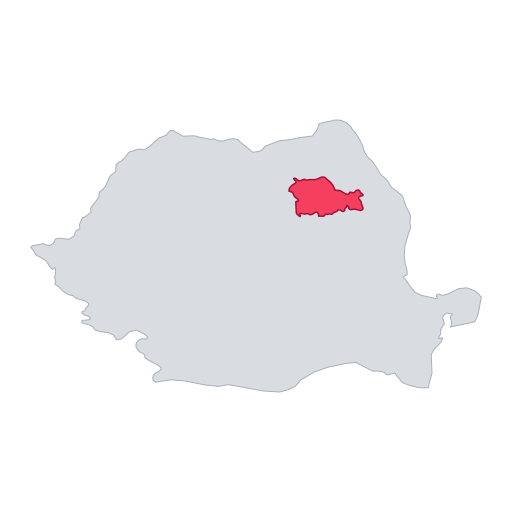 Neamt on a map of Romania (Robinson projection)
{"feature_id": "ROU-309", "entity_name": "Neamt", "entity_type": "County", "adm_level": 1, "iso_a3": "ROU", "parent_name": "Romania", "parent_adm1": "", "projection": "robinson", "projection_center": [26.462, 46.963], "detail": "fine", "context": "in_parent", "style": "filled", "palette": "rose", "viewbox_px": 512, "rotation_deg": 0, "n_neighbors": 0, "source": "natural_earth", "source_scale": "10m", "svg_char_len": 5826}
<svg xmlns="http://www.w3.org/2000/svg" viewBox="0 0 512 512"><path d="M409.8,286.0L414.9,292.1L421.3,295.3L436.1,298.7L437.5,298.3L437.6,297.7L436.6,296.8L436.4,295.6L437.1,294.3L439.1,294.2L442.5,295.4L448.8,293.6L458.1,288.8L466.7,287.8L474.6,290.7L478.7,294.0L481.3,297.2L480.5,301.1L480.1,303.6L478.2,313.7L476.8,317.6L474.6,321.9L450.2,327.0L451.8,324.6L451.2,320.2L450.1,317.0L452.3,314.0L446.8,313.0L444.5,314.6L442.6,317.4L444.4,323.9L441.7,327.5L440.7,329.5L440.6,334.2L439.1,336.3L438.8,338.5L442.7,337.9L441.0,342.0L433.7,349.9L431.2,354.6L432.0,373.3L428.9,384.4L428.6,387.7L420.8,387.8L418.5,387.5L411.1,385.9L402.8,382.9L397.9,377.2L394.8,373.1L387.8,374.9L386.4,374.4L384.5,372.4L379.2,371.1L372.7,371.1L358.0,363.6L356.3,362.3L344.9,363.6L327.6,367.3L314.5,371.9L300.8,380.0L295.3,386.2L288.9,389.5L279.8,392.0L263.5,391.0L246.6,387.9L228.4,384.6L218.6,386.4L205.3,385.0L185.3,381.0L170.4,379.8L155.6,382.2L153.2,380.4L152.7,378.3L153.3,375.4L155.4,373.1L159.0,371.3L160.9,369.5L161.1,367.6L157.2,364.7L149.1,360.6L145.7,358.1L144.9,357.5L144.7,355.2L143.1,353.4L139.9,352.1L137.5,349.7L135.8,346.3L136.3,343.0L138.8,340.0L142.0,338.7L145.9,339.1L147.5,338.2L146.9,336.1L143.1,333.4L136.3,330.1L129.2,331.9L121.9,338.8L116.7,339.9L113.6,335.2L108.0,332.5L99.9,331.6L95.0,329.8L93.2,327.1L89.7,325.1L81.9,322.9L81.9,320.8L83.1,320.3L85.9,320.1L89.6,319.7L90.3,318.5L90.3,317.4L87.4,316.0L84.5,315.1L83.0,314.1L82.0,313.1L81.8,312.0L82.7,311.3L83.9,311.2L85.1,310.6L85.8,308.1L87.5,306.0L88.6,305.3L88.6,303.8L87.5,302.4L85.9,301.2L83.5,300.4L76.1,298.3L72.5,295.3L70.2,295.2L66.6,293.6L62.7,291.0L59.5,287.3L55.9,284.9L54.9,284.0L54.9,283.0L55.6,282.0L55.6,280.9L54.7,277.3L55.5,273.5L55.4,269.9L55.4,268.3L54.7,267.8L54.1,268.4L53.2,269.0L52.3,269.2L49.7,266.6L46.4,261.2L44.2,259.5L39.7,257.0L36.0,255.0L33.4,250.6L30.7,247.1L32.6,245.7L43.5,243.7L48.4,245.7L50.7,245.0L53.0,243.4L54.2,242.1L54.5,240.7L55.6,239.0L59.3,238.2L68.9,239.3L72.8,236.9L74.3,235.6L75.2,232.7L76.3,230.4L79.8,229.2L79.8,227.1L79.3,224.9L81.5,219.8L82.7,217.7L84.7,216.9L87.1,215.3L91.3,212.0L90.4,209.1L91.3,207.0L95.6,201.7L99.0,196.7L99.0,194.2L99.5,192.0L102.4,189.6L105.5,186.4L109.7,176.6L111.2,174.9L113.8,173.1L115.8,171.2L116.1,164.8L118.0,162.9L121.5,160.8L125.0,157.5L127.9,153.5L130.1,151.6L133.0,151.1L136.1,149.6L139.6,149.0L143.0,149.8L145.1,149.4L148.4,147.4L156.7,140.1L157.9,138.7L159.6,137.7L166.3,135.2L168.1,132.7L170.4,130.4L173.4,130.6L182.9,136.2L193.3,135.8L195.2,136.0L195.8,136.1L197.0,136.6L210.8,139.4L212.9,139.1L213.5,138.8L219.0,141.1L223.9,140.8L228.6,139.2L233.4,138.7L237.9,139.6L241.2,142.9L249.9,149.7L252.5,152.2L256.6,151.8L261.0,150.6L265.6,146.0L279.4,140.8L290.0,139.6L300.3,137.5L312.2,136.0L315.7,131.8L317.6,128.9L319.0,123.6L325.4,122.0L331.5,120.9L333.7,120.2L338.1,120.0L341.5,120.5L346.9,123.1L350.6,126.4L352.1,129.1L355.3,132.8L358.7,138.0L362.4,144.9L363.3,148.4L364.7,152.2L367.5,156.8L372.8,161.9L373.5,162.9L375.9,166.5L380.6,174.5L384.5,177.7L387.9,181.1L389.6,184.6L392.0,187.8L397.7,192.0L402.4,195.8L406.2,206.8L408.8,211.9L410.5,215.7L409.8,223.6L410.8,226.9L408.7,233.0L405.0,245.4L404.2,255.2L404.9,260.4L405.0,263.8L406.0,266.0L407.0,270.5L407.2,274.4L405.8,275.5L403.9,276.4L403.2,277.2L405.0,279.0L407.4,282.2L409.8,286.0Z" fill="#d9dde1" stroke="#a8b0b8" stroke-width="1"/><path d="M297.8,201.4L298.2,201.4L298.3,201.1L298.4,200.7L298.1,199.7L297.7,199.1L297.0,198.6L295.5,197.5L294.6,196.6L294.0,195.5L293.3,193.8L292.7,192.9L292.1,192.3L291.3,191.9L290.0,191.4L289.0,191.1L289.0,189.8L289.5,188.3L290.1,187.3L292.3,185.1L293.0,184.6L294.8,183.6L295.6,182.9L296.0,182.4L296.1,181.8L296.0,181.3L295.6,180.9L294.7,180.1L293.9,179.1L293.7,178.7L293.9,178.4L294.3,178.2L294.8,178.2L295.4,178.4L296.0,178.7L298.2,180.4L298.8,180.8L299.4,180.9L300.2,180.8L303.7,179.4L304.4,179.3L305.0,179.5L305.6,179.9L306.4,180.1L307.3,180.1L309.7,179.6L315.0,179.6L316.7,179.2L321.2,177.3L322.2,177.0L323.2,177.1L324.1,177.2L324.9,177.5L325.6,178.0L327.3,179.6L330.5,182.3L332.9,185.3L334.3,188.3L334.7,189.2L335.1,190.1L335.7,190.4L336.5,190.4L337.4,190.3L338.5,190.3L339.9,190.6L341.7,191.5L344.5,193.3L345.7,193.9L347.6,194.3L348.3,194.2L348.7,194.0L349.0,193.7L349.4,192.7L349.8,192.3L350.5,192.2L352.7,192.6L353.5,192.7L354.1,192.5L354.6,192.1L356.2,190.5L356.9,190.2L357.6,190.0L358.7,190.1L359.3,190.4L359.7,190.9L359.9,191.4L360.0,191.9L360.5,192.5L361.1,193.1L362.1,193.9L362.8,194.5L363.0,195.0L362.9,195.5L362.5,195.7L361.1,196.0L360.2,196.3L359.4,196.7L358.8,197.2L358.5,197.8L358.6,198.4L359.1,199.1L360.1,200.3L360.9,201.5L361.2,202.1L361.4,202.8L361.7,204.7L362.8,207.2L362.9,208.1L363.0,208.8L362.4,209.7L360.6,210.5L359.2,210.2L358.7,210.0L354.9,209.2L353.7,209.2L350.4,209.7L349.5,209.1L348.8,208.5L348.5,207.9L348.5,207.5L348.6,207.1L348.5,206.7L348.2,206.2L347.3,205.6L346.8,205.5L346.5,205.7L346.6,206.2L346.6,206.6L346.5,207.1L346.2,207.5L344.9,208.4L344.7,208.8L344.7,209.3L344.8,209.8L344.8,210.2L344.5,210.7L344.0,211.1L343.2,211.4L342.4,211.4L341.9,211.1L340.4,210.2L339.1,209.8L338.2,209.9L337.7,210.2L337.3,211.0L336.9,211.4L334.0,212.5L333.3,212.9L332.4,213.9L332.0,214.2L331.4,214.3L329.4,213.9L327.7,214.3L325.9,214.3L325.4,214.4L325.0,214.8L324.6,215.3L324.2,215.8L323.7,216.1L322.9,216.2L319.2,216.2L318.6,216.1L318.5,215.9L318.5,215.5L318.7,215.1L318.7,214.7L318.6,214.3L318.3,213.9L318.0,213.5L317.5,212.5L317.1,212.2L316.4,212.0L315.9,212.1L315.4,212.3L312.4,214.2L311.2,214.6L310.3,214.7L309.7,214.6L308.3,213.9L307.2,213.7L306.6,213.7L304.8,214.1L301.0,213.3L300.5,213.4L300.0,213.7L300.0,214.3L300.3,215.5L300.4,216.1L300.2,216.4L299.7,216.4L299.2,216.1L297.6,214.7L296.9,214.0L296.5,213.4L296.3,212.6L295.8,202.9L295.8,202.2L295.9,201.8L296.2,201.5L296.5,201.3L297.0,201.3L297.8,201.4Z" fill="#f43f5e" stroke="#9f1239" stroke-width="1.5"/></svg>